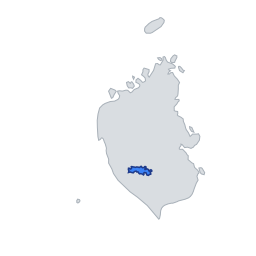 Yeongwol-gun, Gangwon, South Korea (highlighted), rotated 163°
{"feature_id": "91817680B79863718076959", "entity_name": "Yeongwol-gun", "entity_type": "district", "adm_level": 2, "iso_a3": "KOR", "parent_name": "South Korea", "parent_adm1": "Gangwon", "projection": "mercator", "projection_center": [128.504, 37.208], "detail": "fine", "context": "in_parent", "style": "filled", "palette": "blue", "viewbox_px": 256, "rotation_deg": 163, "n_neighbors": 0, "source": "geoboundaries", "source_scale": "gbopen_adm2", "svg_char_len": 4871}
<svg xmlns="http://www.w3.org/2000/svg" viewBox="0 0 256 256"><g transform="rotate(163 128 128)"><path d="M75.3,62.6L76.1,61.9L76.2,60.9L76.2,57.7L78.7,55.4L82.3,50.8L84.1,48.2L86.1,45.9L88.4,44.3L90.6,43.5L94.2,43.2L101.1,43.5L102.4,43.2L107.2,43.0L108.3,43.4L111.8,43.7L115.6,43.4L117.5,42.7L119.3,41.5L120.9,39.4L122.5,35.5L124.2,32.4L125.2,31.8L132.2,48.2L139.0,58.8L144.7,66.4L152.8,80.9L155.2,88.7L155.4,93.5L156.8,100.1L155.6,103.9L156.0,109.8L155.5,112.8L154.5,115.1L154.4,119.4L154.7,121.7L154.8,124.7L155.4,125.9L156.3,126.3L157.8,125.2L159.6,124.8L159.3,128.4L157.1,137.6L155.2,144.3L152.6,150.1L149.3,155.4L145.4,157.5L142.6,158.2L137.3,158.5L132.9,157.6L129.1,158.3L127.6,159.4L126.5,161.3L127.3,164.2L127.2,166.3L125.6,166.2L122.4,164.9L118.9,164.8L117.2,164.1L115.5,161.0L113.8,161.2L110.8,163.0L106.3,163.4L104.7,164.4L104.1,165.7L104.8,167.3L107.1,169.4L106.3,171.6L103.9,172.6L102.0,170.0L100.8,167.4L99.5,167.3L97.4,168.0L97.0,170.8L97.9,172.7L99.5,174.9L97.3,177.4L96.7,179.3L95.1,180.6L90.8,177.7L91.4,175.6L93.3,173.6L93.5,171.6L92.9,170.4L86.7,175.6L82.8,181.4L80.8,181.0L79.9,179.5L78.7,178.9L74.6,182.6L73.8,185.6L72.3,185.7L71.7,184.5L71.6,181.8L70.9,179.5L66.6,176.2L64.7,173.2L65.7,171.6L69.3,172.5L72.1,172.4L71.6,171.0L70.6,170.3L72.5,169.6L74.1,168.0L72.8,167.5L70.8,168.4L69.1,168.0L68.5,164.2L66.5,160.2L65.4,156.4L67.4,154.2L68.4,150.8L70.3,145.8L71.2,144.2L73.8,143.0L74.7,141.7L73.3,141.1L71.0,140.5L71.1,139.0L72.6,138.3L74.3,136.7L77.7,134.7L78.7,131.1L77.7,130.2L75.7,129.3L76.1,127.4L77.0,126.0L76.7,125.2L74.2,122.8L72.6,120.6L73.1,118.2L72.7,114.4L72.9,111.3L72.8,109.5L71.6,105.7L71.1,101.8L69.5,102.4L68.2,103.3L63.7,102.0L62.3,101.9L61.7,99.0L63.3,95.5L67.2,92.3L69.4,91.9L71.0,90.6L73.7,90.1L76.8,92.3L79.6,92.7L81.1,96.4L82.1,97.1L82.3,95.8L84.6,94.2L85.1,93.0L84.6,92.4L82.0,91.7L79.7,87.1L79.3,85.1L78.5,83.9L79.8,80.2L77.1,76.0L75.7,74.7L75.9,70.9L74.5,68.5L73.7,67.2L73.2,65.0L73.7,63.9L74.9,63.5L75.3,62.6ZM66.5,223.4L65.2,224.2L64.0,223.7L63.6,223.4L62.2,221.4L61.8,220.4L62.8,218.4L66.8,215.3L77.0,212.2L78.9,212.1L82.9,213.4L83.8,215.8L83.1,218.0L82.1,219.4L77.4,221.8L73.8,222.9L66.5,223.4ZM135.8,168.9L133.0,171.0L129.4,168.1L128.5,166.5L131.3,164.2L133.7,161.5L135.2,161.3L135.8,168.9ZM116.4,168.6L116.1,172.0L114.0,172.2L112.8,170.0L111.5,171.1L110.8,171.1L109.8,168.3L109.7,166.2L112.1,164.6L113.5,165.6L115.6,166.1L116.4,168.6ZM63.8,183.8L61.9,184.3L60.9,183.1L60.2,182.8L60.6,181.2L63.6,178.1L64.2,177.1L66.9,177.7L68.0,179.3L66.7,181.8L63.8,183.8ZM72.0,64.2L71.9,69.0L70.3,68.8L69.2,68.3L68.8,67.4L67.7,62.9L68.9,61.1L71.2,62.6L72.0,64.2ZM62.0,171.2L61.6,172.1L60.4,171.8L59.1,169.4L58.6,167.5L57.3,166.4L59.3,164.8L61.9,167.8L62.0,171.2ZM69.1,109.0L68.7,111.3L66.8,109.8L66.2,104.7L68.2,106.2L69.1,109.0ZM198.2,73.6L196.9,74.7L195.3,73.6L195.2,72.4L196.0,71.5L197.8,70.9L198.7,71.7L198.2,73.6ZM78.7,184.7L79.2,186.4L76.8,186.0L75.6,184.5L75.8,183.1L77.2,182.9L78.7,184.7ZM108.7,175.3L108.4,176.3L106.9,174.7L108.4,172.9L108.7,175.3Z" fill="#d9dde1" stroke="#a8b0b8" stroke-width="1"/><path d="M140.6,85.3L138.7,85.3L138.2,84.8L137.8,84.5L137.3,84.3L136.7,83.9L136.2,83.6L135.9,83.6L135.6,83.8L135.2,84.1L134.7,84.4L134.2,84.5L133.4,84.5L132.6,84.2L132.5,83.4L132.4,83.3L132.2,83.3L131.4,83.2L131.2,83.0L131.1,82.8L131.1,82.4L130.9,82.1L130.8,81.4L130.3,80.7L129.7,80.7L129.2,80.6L128.7,80.3L128.1,80.0L127.6,79.6L127.0,78.6L126.5,78.8L126.3,79.1L126.2,79.7L126.1,80.1L125.7,80.6L125.1,80.6L124.7,80.2L124.4,80.2L123.9,80.0L123.7,78.1L123.7,77.6L123.2,77.2L122.7,76.9L122.3,76.7L121.7,77.0L121.1,77.2L120.7,77.2L120.0,77.2L119.6,77.3L119.6,77.8L119.7,78.2L119.7,78.8L119.6,79.1L119.3,79.3L119.3,79.6L118.5,79.6L118.1,79.6L117.8,79.8L117.7,80.2L117.8,80.8L118.3,81.4L119.1,81.2L119.6,80.9L119.7,80.6L120.0,80.4L120.2,80.5L120.5,80.8L120.7,81.1L120.6,81.3L120.5,81.7L120.5,82.1L120.9,82.6L121.1,82.9L121.6,83.0L121.8,83.1L121.9,83.5L122.4,83.6L122.6,83.5L123.0,83.3L123.5,83.2L123.9,83.3L124.0,83.6L123.9,83.9L123.6,84.1L123.4,84.3L123.3,84.6L123.1,84.8L122.8,84.9L122.3,85.0L122.2,85.6L122.5,85.9L122.7,86.1L123.0,86.2L123.3,86.2L123.5,85.9L123.8,85.7L124.5,85.7L125.1,85.7L125.6,85.7L126.0,86.1L126.0,86.4L126.5,86.7L126.5,87.2L126.6,87.5L127.0,87.5L127.1,87.2L127.6,87.2L128.4,87.1L128.5,86.9L129.0,87.0L129.3,87.4L130.0,87.7L130.2,87.9L130.6,87.9L130.8,87.9L131.1,88.2L131.5,88.3L131.9,88.2L132.2,88.2L132.5,88.2L132.8,88.3L133.1,88.7L134.2,89.1L134.5,89.3L134.6,89.5L135.3,89.6L135.5,89.7L135.6,90.0L135.9,90.1L136.2,90.1L136.3,89.9L136.2,89.5L136.1,89.2L136.4,88.9L136.4,88.5L136.5,88.3L136.8,88.1L137.1,88.1L137.6,88.0L137.8,88.3L138.0,88.5L138.3,88.6L138.5,89.0L138.7,89.3L139.0,89.4L139.9,89.4L139.7,89.4L139.6,89.0L139.7,88.5L139.8,88.1L139.8,87.7L139.8,87.4L139.6,87.1L139.7,86.8L139.9,86.6L140.0,86.2L140.0,85.9L140.5,85.5L140.6,85.3Z" fill="#3b82f6" stroke="#1e3a8a" stroke-width="1.5"/></g></svg>